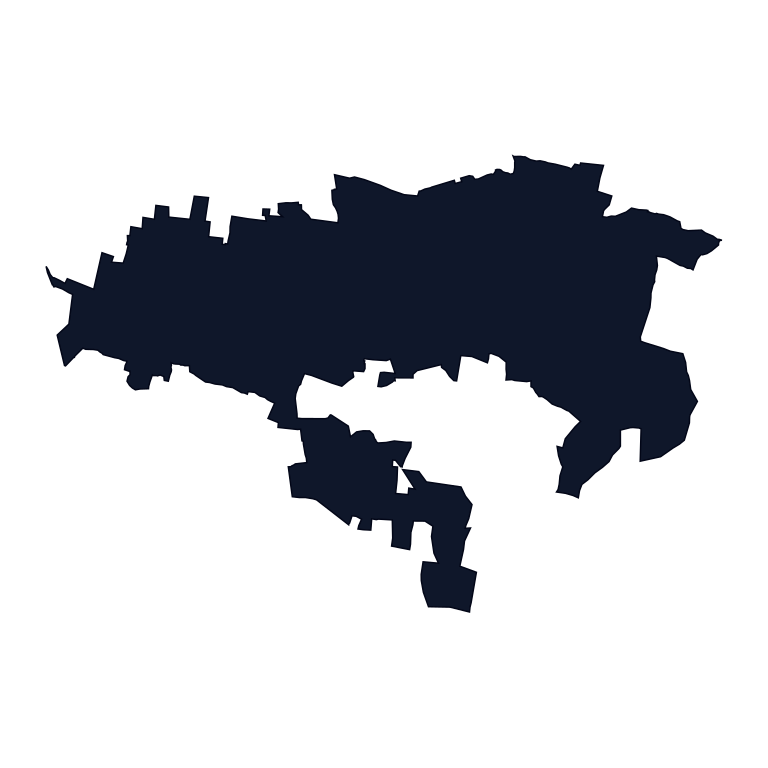 Izamal, Yucatán, Mexico
{"feature_id": "50627088B52371381549393", "entity_name": "Izamal", "entity_type": "district", "adm_level": 2, "iso_a3": "MEX", "parent_name": "Mexico", "parent_adm1": "Yucatán", "projection": "orthographic", "projection_center": [-88.999, 20.883], "detail": "fine", "context": "isolated", "style": "filled", "palette": "ink", "viewbox_px": 768, "rotation_deg": 0, "n_neighbors": 0, "source": "geoboundaries", "source_scale": "gbopen_adm2", "svg_char_len": 6103}
<svg xmlns="http://www.w3.org/2000/svg" viewBox="0 0 768 768"><path d="M472.0,504.6L465.4,496.1L461.0,487.0L426.4,481.9L418.8,471.6L402.6,469.6L415.1,489.2L408.8,488.1L408.2,494.6L395.6,493.5L397.0,480.4L397.5,467.0L392.3,466.6L392.7,460.0L395.5,460.3L400.6,466.7L402.2,466.9L402.2,466.0L405.1,458.4L410.8,447.2L411.1,442.3L406.5,442.3L394.3,441.0L386.2,442.5L377.9,443.0L376.4,441.8L375.5,439.7L374.6,438.8L373.1,434.4L369.6,430.9L363.2,430.8L356.6,431.9L350.5,436.8L348.3,426.1L331.2,415.0L330.3,414.9L328.0,418.0L325.2,418.7L301.8,418.6L297.1,418.2L297.0,413.8L295.2,398.5L295.8,393.8L298.6,385.9L300.6,384.3L301.5,380.8L304.5,373.6L311.5,375.4L332.0,383.1L341.8,386.2L348.6,380.5L353.4,377.2L353.7,376.7L352.8,372.3L353.2,370.8L363.6,371.6L365.0,368.6L365.0,363.8L364.2,363.7L364.7,360.9L363.7,360.8L363.8,359.6L364.4,358.7L372.8,359.7L386.3,360.6L390.4,359.1L395.2,373.5L384.1,372.3L380.5,372.6L379.8,375.0L377.9,386.4L381.2,386.8L386.6,385.5L392.3,382.1L393.7,380.7L395.2,380.8L394.7,377.8L413.0,377.9L413.0,374.3L417.1,370.6L441.3,364.6L441.6,367.4L445.8,370.5L449.6,376.4L453.8,380.6L456.6,380.9L460.8,355.6L471.9,356.5L487.4,362.8L488.5,358.7L488.9,354.0L491.0,353.3L499.0,356.3L506.2,362.1L506.1,369.3L506.6,374.2L506.0,380.0L511.9,379.6L514.8,380.5L526.7,381.6L531.0,380.9L531.0,386.6L533.4,388.0L535.8,392.4L537.3,394.1L539.0,396.6L541.8,396.5L543.2,397.0L547.1,399.6L552.1,404.0L557.5,406.2L560.8,407.1L567.0,410.5L568.7,411.0L580.6,421.4L575.1,426.8L565.3,438.7L562.8,447.9L557.1,446.4L558.6,455.8L561.3,464.2L562.8,466.8L560.0,475.8L559.2,484.3L558.1,489.5L556.5,492.0L565.5,493.3L573.1,495.5L578.3,497.8L579.5,490.7L581.9,484.4L587.9,479.8L594.8,472.9L602.5,467.3L609.0,461.6L612.5,455.0L619.0,448.4L620.4,446.2L620.4,430.1L630.1,427.7L632.9,427.5L639.1,428.0L641.1,428.9L640.2,461.2L660.6,456.7L672.7,448.2L679.5,444.1L684.3,440.2L689.4,422.9L689.6,416.8L690.0,414.9L697.4,401.4L690.7,389.5L689.5,380.5L688.3,375.5L686.6,371.9L685.6,362.4L682.8,353.7L670.3,351.2L663.4,348.5L644.7,342.7L640.7,341.2L640.3,336.9L649.9,307.6L650.9,297.9L651.0,293.0L653.0,284.9L654.7,281.7L654.5,280.0L655.0,274.8L656.7,270.0L657.4,265.5L656.4,256.1L665.1,257.5L667.5,258.4L680.0,265.4L683.3,266.1L687.3,268.2L690.8,268.5L693.0,269.9L697.1,259.3L700.9,254.6L702.6,254.8L706.9,253.6L711.5,250.8L718.5,245.0L718.6,243.0L719.4,240.7L721.9,240.2L719.3,239.4L717.3,239.3L713.1,236.2L705.3,232.9L701.5,230.1L688.1,230.7L683.0,229.6L681.0,228.4L679.7,221.7L677.3,220.9L670.2,217.0L667.8,216.1L663.6,214.7L658.6,214.1L656.5,213.4L655.1,213.9L650.3,212.6L648.8,211.8L647.5,211.7L647.9,210.5L646.3,210.1L638.8,209.7L631.5,208.1L626.3,212.0L615.4,216.3L611.2,216.1L606.9,217.3L602.4,216.7L603.6,210.7L604.7,209.3L609.2,204.9L611.8,196.0L597.3,191.3L599.9,177.9L603.5,165.4L580.6,163.0L580.0,165.3L574.9,164.2L571.2,169.2L569.5,168.0L567.1,167.2L555.2,164.2L547.9,162.9L545.3,161.9L540.1,160.8L536.2,161.1L530.3,159.7L525.0,156.8L523.7,156.9L520.6,156.4L514.0,156.5L513.1,156.0L515.0,161.2L514.7,162.1L514.7,167.6L514.2,171.1L513.2,173.6L510.1,174.2L507.9,173.0L505.5,172.7L502.7,171.7L501.2,170.2L499.7,169.5L496.9,169.4L495.5,170.0L495.6,171.1L493.4,174.4L491.2,174.0L487.1,175.0L478.3,179.0L474.8,179.3L472.7,176.3L469.2,175.7L460.7,178.2L461.7,181.7L455.2,183.5L454.3,180.3L431.5,187.2L430.5,187.8L424.8,189.1L420.7,191.0L419.2,191.1L417.6,196.0L404.1,194.7L391.0,190.2L380.4,185.4L364.3,179.6L354.5,177.0L349.6,178.2L334.5,174.7L336.7,189.0L334.5,189.3L334.6,189.7L331.9,190.3L332.3,199.3L333.4,204.7L335.6,207.9L337.2,211.4L338.1,214.4L338.5,218.2L337.9,222.8L310.8,219.2L308.1,215.2L301.5,209.6L301.4,205.2L301.0,205.2L301.1,204.8L298.5,204.8L298.2,202.3L291.5,202.9L286.0,202.8L278.3,203.7L278.6,209.1L278.1,212.6L282.6,216.7L268.9,215.8L269.7,209.2L263.0,209.0L262.6,215.3L265.2,215.5L266.2,221.0L247.9,218.8L231.9,216.2L230.1,226.6L230.0,232.8L228.1,241.0L227.7,244.0L225.3,243.6L225.3,244.6L222.2,244.3L222.8,238.3L208.6,236.7L210.1,221.9L205.0,221.1L208.5,197.6L194.3,196.2L189.9,219.3L168.8,217.1L168.6,207.0L155.9,205.4L154.4,219.3L143.0,217.4L142.2,228.7L130.9,226.7L129.9,235.6L127.4,235.6L127.7,241.3L127.1,242.2L126.6,244.7L128.3,245.1L126.2,253.9L123.2,263.1L111.5,262.2L113.4,256.6L102.0,252.7L93.7,289.3L67.3,278.7L65.0,283.4L59.4,280.3L54.2,277.8L52.7,277.6L50.2,274.5L48.4,270.1L46.1,266.4L47.5,272.6L52.3,284.7L52.7,284.7L53.9,286.9L55.7,286.5L62.5,289.0L68.8,292.7L72.6,294.4L68.9,324.1L57.2,335.1L64.5,365.5L65.5,365.9L73.7,357.4L74.4,357.4L74.8,356.1L82.8,348.2L85.7,349.3L93.4,349.5L97.9,350.2L99.8,351.9L102.0,353.2L103.2,354.6L114.7,357.7L118.7,358.4L123.5,360.5L126.9,361.2L126.6,362.5L125.2,365.5L124.5,369.7L129.0,371.2L129.9,371.1L130.1,374.6L128.1,376.7L127.0,381.2L129.6,385.4L132.4,388.0L135.4,389.8L139.9,389.0L148.5,388.7L148.7,386.3L149.9,381.9L152.4,374.9L153.3,375.6L156.6,375.6L157.5,375.9L160.1,375.0L163.8,376.5L164.3,380.4L168.3,381.2L169.8,375.1L171.2,371.7L171.5,369.9L170.9,366.9L171.4,365.6L171.1,362.7L173.3,363.7L175.3,364.0L179.8,364.2L180.5,365.0L183.1,365.1L184.8,365.7L189.4,365.6L189.8,371.7L194.3,374.1L195.6,375.3L205.5,382.0L209.6,382.5L214.9,384.0L222.4,384.9L226.5,386.6L232.8,387.6L241.4,392.6L244.4,393.0L247.3,394.2L248.1,391.6L254.9,392.4L259.7,395.9L265.1,397.5L267.5,399.6L270.8,401.4L274.7,403.1L268.0,418.4L278.4,422.6L278.0,427.4L297.6,429.5L300.6,429.2L302.0,440.9L303.3,441.2L303.4,444.0L305.2,454.6L306.3,458.0L306.8,462.6L295.3,463.9L293.3,465.3L292.2,465.6L290.8,466.7L288.3,466.8L292.3,496.7L299.2,497.5L305.4,497.5L312.8,498.7L316.5,499.8L348.7,524.8L348.9,523.7L349.6,523.1L352.0,515.8L356.2,516.3L361.6,519.2L358.8,525.6L358.0,529.0L363.1,529.7L370.8,530.1L371.7,518.8L376.3,519.6L378.5,519.1L392.3,519.9L392.7,538.0L391.6,546.1L409.6,549.6L410.5,544.2L410.9,532.4L412.9,524.7L413.3,521.0L425.0,521.1L432.9,526.2L431.5,536.5L433.8,552.1L434.0,553.3L438.5,563.2L423.1,561.8L421.2,574.4L421.3,580.6L423.4,592.3L428.5,606.7L449.9,607.1L469.5,612.0L470.0,607.2L471.1,602.8L476.4,572.3L459.8,566.2L463.5,549.5L464.5,541.0L470.5,528.0L465.1,528.3L465.9,525.4L468.7,518.7L472.0,504.6Z" fill="#0f172a" stroke="#020617" stroke-width="1.5"/></svg>